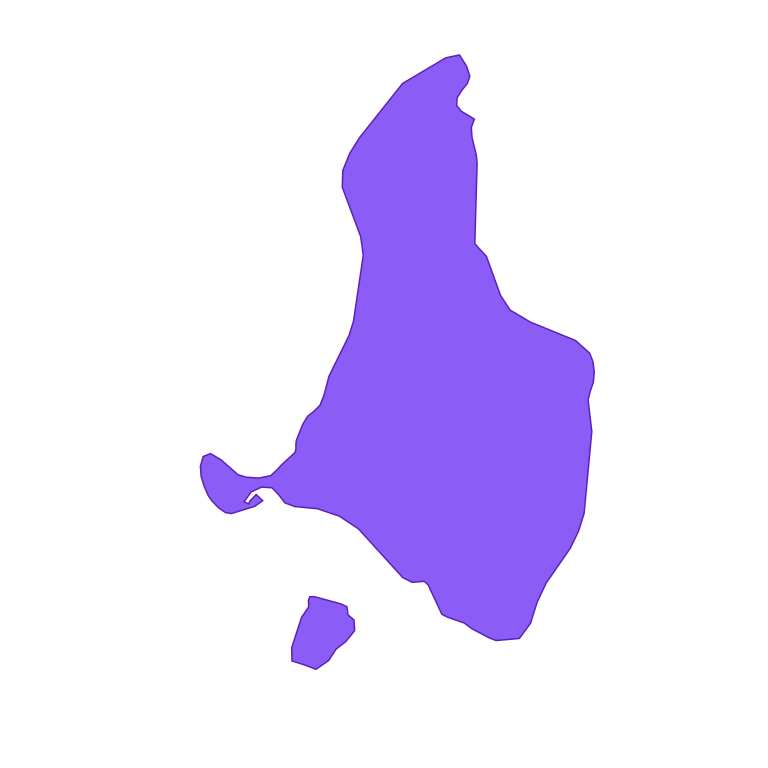 the border of Bali, rotated 70°
{"feature_id": "IDN-1232", "entity_name": "Bali", "entity_type": "Province", "adm_level": 1, "iso_a3": "IDN", "parent_name": "Indonesia", "parent_adm1": "", "projection": "robinson", "projection_center": [115.184, -8.453], "detail": "fine", "context": "isolated", "style": "filled", "palette": "violet", "viewbox_px": 768, "rotation_deg": 70, "n_neighbors": 0, "source": "natural_earth", "source_scale": "10m", "svg_char_len": 1538}
<svg xmlns="http://www.w3.org/2000/svg" viewBox="0 0 768 768"><g transform="rotate(70 384 384)"><path d="M626.5,299.7L641.6,314.9L659.0,328.2L669.4,343.9L663.4,366.4L658.8,371.7L644.2,385.0L635.9,390.5L624.9,404.0L620.1,408.4L588.0,411.2L583.2,413.6L580.0,425.4L572.3,432.6L511.5,457.5L492.9,471.2L478.5,489.1L468.6,509.8L461.9,517.7L451.9,520.9L443.2,524.8L439.0,534.3L440.0,545.8L446.9,555.8L450.3,552.3L448.2,550.2L444.1,541.9L452.2,537.9L454.7,547.2L453.6,571.5L450.7,576.9L443.6,581.9L435.4,585.5L429.0,587.3L418.4,588.0L408.1,587.4L398.6,584.7L390.3,578.7L390.0,570.9L399.3,563.2L419.2,552.3L424.4,545.4L429.5,534.0L431.4,521.7L427.2,512.0L425.2,508.5L417.8,490.8L414.5,488.8L410.5,487.4L406.9,485.6L394.1,474.2L388.1,466.6L385.7,459.2L382.1,451.4L373.7,444.0L357.7,432.9L326.4,400.2L314.6,391.2L255.8,359.4L237.5,355.5L184.8,355.9L169.3,349.7L155.6,337.4L144.3,323.0L107.9,263.7L98.6,214.2L100.6,200.5L113.7,197.7L124.2,198.1L130.1,202.9L134.4,210.0L140.0,217.4L147.1,220.4L154.1,218.1L166.0,208.5L172.8,214.2L182.5,217.0L200.1,218.9L208.4,221.0L283.3,250.7L299.2,244.1L340.4,244.2L357.7,240.2L376.0,225.2L408.7,189.1L425.4,180.2L434.5,180.0L444.6,182.3L453.9,186.6L461.1,192.5L468.6,197.6L499.8,205.0L574.0,240.2L588.8,251.5L602.2,265.3L626.5,299.7ZM595.4,492.9L605.7,495.9L613.0,508.0L616.8,519.8L624.9,530.5L628.8,545.5L621.0,554.5L612.8,565.2L600.2,560.9L575.2,541.4L567.7,531.0L561.4,529.0L558.5,526.5L559.9,522.4L576.0,499.5L580.7,495.0L588.6,496.8L595.4,492.9Z" fill="#8b5cf6" stroke="#5b21b6" stroke-width="1.5"/></g></svg>